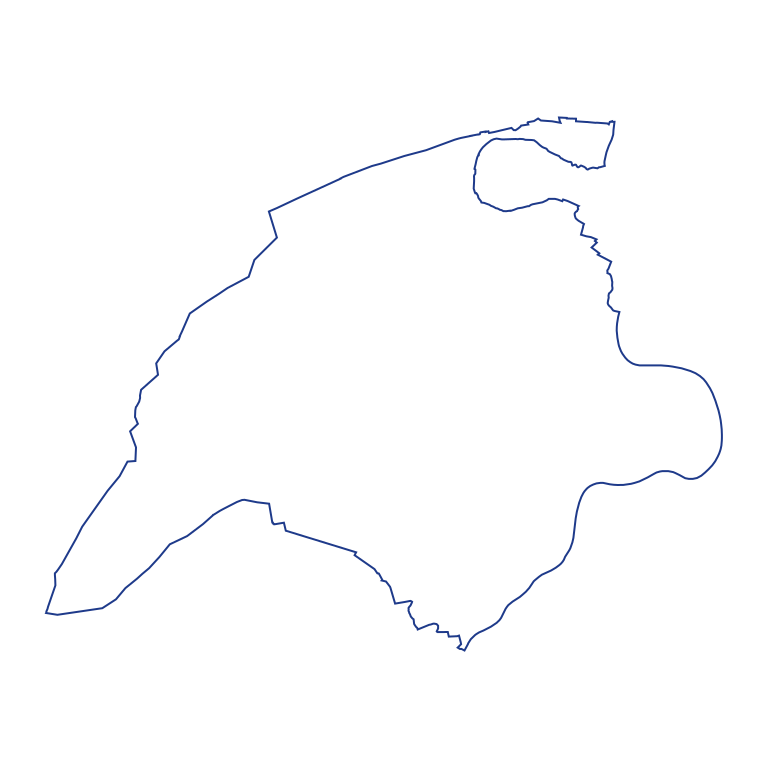 Brummen, Gelderland, Netherlands (Albers equal-area conic projection)
{"feature_id": "6326949B17971297076651", "entity_name": "Brummen", "entity_type": "district", "adm_level": 2, "iso_a3": "NLD", "parent_name": "Netherlands", "parent_adm1": "Gelderland", "projection": "albers", "projection_center": [6.134, 52.111], "detail": "fine", "context": "isolated", "style": "outline", "palette": "blue", "viewbox_px": 768, "rotation_deg": 0, "n_neighbors": 0, "source": "geoboundaries", "source_scale": "gbopen_adm2", "svg_char_len": 6099}
<svg xmlns="http://www.w3.org/2000/svg" viewBox="0 0 768 768"><path d="M54.9,573.3L54.9,575.1L55.2,579.2L55.4,585.4L48.0,606.9L47.5,608.9L46.4,611.4L46.3,612.6L46.1,613.0L57.4,614.8L102.3,608.2L116.0,599.3L125.4,588.1L137.0,578.7L142.4,573.8L149.1,568.2L159.4,557.0L169.8,544.3L187.1,536.1L203.0,524.1L212.8,515.4L212.9,515.1L213.1,514.9L213.4,514.9L219.6,511.0L222.7,509.3L228.5,506.3L236.9,502.0L242.1,500.0L244.5,499.8L257.2,502.3L269.1,503.7L272.3,522.5L272.9,522.6L273.1,523.5L273.3,523.8L274.0,523.9L274.2,524.3L275.7,524.1L283.9,522.7L285.8,530.7L356.1,552.3L354.6,555.2L374.5,569.1L377.2,573.1L377.6,573.1L377.7,573.4L378.9,573.6L382.7,580.6L381.9,580.4L381.8,580.5L386.0,581.5L389.6,586.2L390.0,586.7L390.5,588.0L395.1,603.6L404.6,602.0L410.3,600.9L411.2,601.2L412.1,601.8L411.9,602.5L410.5,605.5L409.8,606.3L409.6,606.4L408.6,607.8L408.5,608.2L408.7,609.2L408.5,610.2L408.6,611.1L409.1,612.1L409.2,612.9L410.0,614.3L410.8,616.5L412.4,618.4L413.6,619.3L414.1,623.7L414.3,624.3L416.0,626.8L417.3,628.0L417.7,629.5L429.2,624.8L430.8,624.5L433.1,623.7L434.6,623.7L436.6,624.1L438.1,625.7L438.1,628.4L437.6,629.6L436.7,631.4L436.9,631.7L437.8,632.1L447.8,632.0L448.8,636.6L457.2,636.2L459.0,635.6L460.7,642.1L461.1,644.2L457.7,647.6L460.0,649.0L461.4,648.9L464.5,650.5L467.9,644.2L468.2,643.3L470.8,639.2L475.0,635.1L476.2,634.2L479.1,632.4L483.5,630.5L490.9,626.7L496.7,622.8L497.6,621.9L499.4,620.2L501.1,617.9L505.6,608.8L506.9,606.9L508.3,605.1L512.6,601.6L519.9,596.9L522.5,594.7L525.8,591.8L529.3,587.9L533.7,581.3L534.9,580.2L539.0,576.8L541.9,574.7L551.1,570.5L555.8,567.7L559.3,565.1L561.0,563.6L562.7,561.6L563.9,559.7L565.1,556.8L569.2,550.4L570.3,548.3L572.4,542.3L573.4,537.9L575.7,518.3L576.9,511.5L579.2,502.7L581.4,496.8L583.3,493.1L584.5,491.3L586.3,489.2L587.6,487.9L590.2,486.0L593.3,484.5L596.5,483.4L600.2,482.9L603.2,482.9L609.9,484.3L614.0,484.8L617.7,485.0L623.5,484.9L631.1,483.8L634.6,482.9L639.4,481.4L647.7,477.4L653.5,474.1L656.5,472.5L660.0,471.5L662.6,471.1L668.1,471.1L673.2,472.1L675.3,473.0L679.6,475.1L685.2,478.2L689.0,478.9L692.7,478.9L697.0,478.0L701.3,475.7L705.1,472.5L708.7,469.1L712.2,465.4L715.2,461.3L717.6,456.9L719.1,453.7L720.0,451.2L720.7,448.9L721.4,445.5L721.8,440.8L721.9,437.9L721.9,434.9L721.7,429.4L721.2,424.6L720.7,420.5L719.7,415.4L718.5,410.4L715.4,400.7L712.5,393.2L710.0,388.3L706.2,382.4L703.5,379.1L699.9,376.0L695.5,373.2L690.4,371.0L681.6,368.3L672.7,366.6L668.5,366.0L660.9,365.4L639.5,365.4L635.5,364.6L632.7,363.6L630.3,362.2L627.6,360.2L625.2,357.6L622.4,353.7L621.0,351.2L620.0,348.7L619.0,346.0L618.5,343.9L617.4,337.7L616.7,330.6L616.8,326.9L617.1,323.3L618.2,316.7L619.4,312.0L614.7,311.0L613.3,310.5L612.8,310.0L611.0,307.5L609.2,305.9L608.2,304.6L608.0,304.1L607.7,303.1L608.0,300.9L608.7,297.7L608.5,295.7L608.9,293.7L609.1,293.3L610.4,292.3L612.3,289.7L612.5,288.1L612.1,285.8L612.3,281.9L612.0,280.9L611.7,278.9L611.0,276.1L609.9,274.2L607.4,273.1L607.5,272.5L607.3,270.6L607.5,270.1L608.3,269.0L608.7,268.1L611.2,261.7L598.0,254.8L597.8,254.7L599.3,253.3L591.6,247.5L596.8,242.6L594.9,241.0L596.5,239.4L590.9,237.1L586.4,236.3L581.0,234.7L583.0,227.4L583.2,225.9L584.0,224.0L579.1,221.1L577.8,220.2L576.0,218.6L575.7,218.2L575.1,216.6L574.7,214.9L574.7,213.4L575.1,212.7L576.0,211.7L577.1,211.1L577.5,210.1L578.2,209.1L577.8,207.8L577.8,206.7L578.7,206.0L567.6,201.0L563.1,199.5L562.3,201.2L557.6,199.5L555.1,198.9L548.7,198.9L546.8,200.3L542.5,202.3L532.5,204.3L530.9,204.9L529.0,206.2L527.7,206.2L522.1,207.7L517.8,208.3L514.0,209.8L510.7,210.9L509.9,210.9L509.9,210.7L506.2,211.2L503.3,211.1L501.5,210.1L499.7,209.7L499.0,209.2L497.3,208.4L496.1,208.3L493.3,206.7L490.9,205.8L489.5,204.8L484.2,202.9L481.4,202.5L480.9,201.1L478.6,198.2L478.2,197.2L478.1,196.1L477.2,194.3L476.3,193.1L475.4,193.3L475.0,192.7L473.7,188.6L474.1,181.2L474.1,178.0L474.0,176.2L474.3,175.1L474.6,174.6L475.1,174.1L475.3,173.7L475.4,169.7L475.2,169.3L474.5,169.0L474.5,168.6L475.6,164.3L476.3,160.9L477.3,157.2L478.1,155.6L478.6,155.5L478.9,154.9L478.5,154.3L479.9,151.5L481.2,149.5L482.9,147.3L486.3,144.1L490.8,140.6L492.4,139.8L493.8,139.2L496.5,138.6L501.9,139.4L503.9,139.4L515.7,139.0L517.9,139.2L519.7,138.9L521.0,139.0L523.1,139.1L525.4,139.8L531.7,140.0L534.1,140.3L536.8,142.3L539.8,145.1L542.0,146.8L543.5,147.6L546.0,148.5L546.7,149.0L547.0,149.3L548.0,150.8L549.5,151.8L555.1,154.5L559.0,156.0L561.0,158.3L562.3,158.7L563.2,159.5L564.0,159.9L568.4,161.8L570.4,161.9L571.2,162.2L571.4,162.4L571.8,163.6L572.1,165.0L572.3,165.5L572.5,165.6L574.8,164.7L575.7,164.7L576.0,164.8L577.2,166.8L577.6,167.1L578.1,167.3L579.3,166.8L580.7,165.6L581.3,165.6L584.1,166.8L585.7,167.9L586.6,169.1L587.5,169.5L587.9,169.5L589.4,168.6L592.1,167.8L593.1,167.6L597.5,168.3L598.9,167.3L600.1,167.2L604.8,165.9L604.5,164.6L604.4,162.6L604.5,161.2L605.8,155.2L606.5,152.2L608.8,145.8L611.6,139.7L613.0,135.3L613.2,134.5L613.5,129.9L614.5,121.8L611.7,121.8L611.8,121.3L609.8,121.9L608.8,124.4L607.5,123.5L606.4,123.4L596.9,122.7L595.4,122.8L587.1,122.0L586.4,122.0L576.0,121.3L576.0,118.7L566.8,118.5L566.8,117.9L559.0,117.5L559.7,120.9L560.5,122.8L552.1,121.3L540.9,120.5L538.1,118.5L534.0,121.1L527.9,122.2L527.6,122.5L527.7,122.9L528.3,124.5L521.1,125.6L520.4,126.7L517.9,128.7L515.6,130.2L513.7,130.1L511.5,127.9L494.3,132.0L489.0,133.0L488.4,131.3L485.6,132.0L485.6,131.5L480.4,132.4L480.1,133.0L479.9,134.1L479.7,134.3L478.6,134.5L478.6,134.4L478.2,134.4L470.9,135.8L471.0,135.9L461.2,137.9L458.8,138.5L454.7,139.7L426.1,150.2L404.3,156.0L380.9,163.6L372.0,166.0L343.5,176.9L340.4,178.5L340.5,178.7L296.8,198.7L276.8,208.1L268.9,211.5L276.9,237.6L254.4,259.9L248.7,276.8L227.7,287.9L219.0,293.8L206.8,301.6L189.8,313.5L182.1,331.2L179.7,336.3L179.9,336.4L178.8,339.4L176.7,341.0L164.5,351.3L156.2,363.4L158.0,374.8L141.1,389.8L140.0,395.5L140.1,398.0L139.2,401.6L136.6,406.3L135.9,407.1L135.3,410.3L135.0,417.1L135.7,418.4L137.4,422.8L137.9,423.8L130.1,431.3L136.0,447.4L135.4,461.0L127.5,461.6L119.6,476.2L107.6,490.8L82.2,526.7L76.3,538.3L61.9,564.0L58.2,569.4L56.4,571.8L54.9,573.3Z" fill="none" stroke="#1e3a8a" stroke-width="2"/></svg>